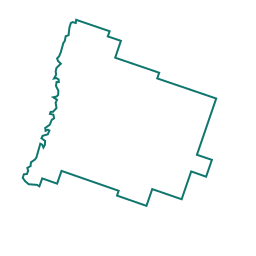 the district of McCone, Montana, United States of America, rotated 289°
{"feature_id": "52423323B73042281108203", "entity_name": "McCone", "entity_type": "district", "adm_level": 2, "iso_a3": "USA", "parent_name": "United States of America", "parent_adm1": "Montana", "projection": "equal_earth", "projection_center": [-105.857, 47.595], "detail": "fine", "context": "isolated", "style": "outline", "palette": "teal", "viewbox_px": 256, "rotation_deg": 289, "n_neighbors": 0, "source": "geoboundaries", "source_scale": "gbopen_adm2", "svg_char_len": 1061}
<svg xmlns="http://www.w3.org/2000/svg" viewBox="0 0 256 256"><g transform="rotate(289 128 128)"><path d="M89.8,201.9L107.5,201.9L107.4,217.7L125.2,217.7L125.1,201.9L184.6,201.8L184.4,139.5L190.4,139.5L190.3,93.0L208.1,92.9L208.0,79.1L213.5,79.1L213.4,43.8L210.3,44.4L210.1,41.2L208.7,39.8L204.0,39.9L196.4,41.6L194.5,39.2L189.9,39.9L187.3,39.2L177.6,39.8L173.3,39.5L170.7,38.3L168.6,40.0L166.9,43.6L161.7,40.8L158.0,41.2L154.9,42.7L150.7,41.9L151.9,44.0L151.3,46.6L148.9,47.6L148.2,45.5L144.3,46.2L140.6,50.0L136.5,51.2L134.5,50.2L132.7,47.3L131.6,51.7L128.4,51.3L123.6,53.9L119.0,51.9L118.0,49.6L115.9,49.6L116.3,53.1L113.1,55.0L111.0,53.3L105.5,52.9L101.1,49.7L98.5,51.0L100.3,52.8L100.0,54.5L95.9,54.2L92.8,49.8L90.1,49.5L88.8,53.8L85.0,54.9L82.0,54.4L84.3,52.3L84.6,50.2L70.3,51.0L68.1,50.4L63.9,47.4L60.3,48.3L57.5,45.8L55.1,47.5L51.6,47.4L50.3,44.6L46.6,44.7L44.2,48.1L42.5,52.4L44.6,60.5L44.0,63.2L52.4,63.3L52.3,79.1L65.8,79.1L65.6,139.6L60.5,139.6L60.4,170.8L78.1,170.8L78.1,201.9L89.8,201.9Z" fill="none" stroke="#0f766e" stroke-width="2"/></g></svg>